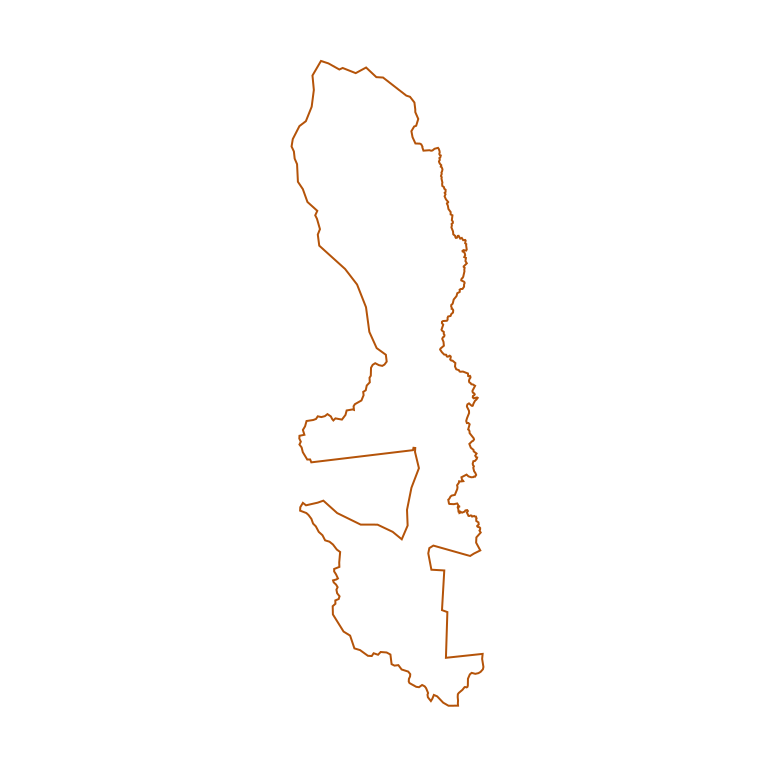 the district of Rodríguez, San José, Uruguay, rotated 353°
{"feature_id": "84410073B80691141354915", "entity_name": "Rodríguez", "entity_type": "district", "adm_level": 2, "iso_a3": "URY", "parent_name": "Uruguay", "parent_adm1": "San José", "projection": "equal_earth", "projection_center": [-56.456, -34.221], "detail": "fine", "context": "isolated", "style": "outline", "palette": "amber", "viewbox_px": 768, "rotation_deg": 353, "n_neighbors": 0, "source": "geoboundaries", "source_scale": "gbopen_adm2", "svg_char_len": 6144}
<svg xmlns="http://www.w3.org/2000/svg" viewBox="0 0 768 768"><g transform="rotate(353 384 384)"><path d="M449.0,663.9L412.1,663.3L419.1,618.1L414.0,615.5L421.1,576.4L408.4,574.1L407.3,557.5L409.0,552.4L413.3,550.4L448.5,565.2L452.5,563.3L459.3,560.9L456.1,552.7L457.0,547.5L461.9,543.2L460.9,541.1L461.6,540.3L461.9,538.7L461.3,537.8L460.1,537.5L459.2,536.7L459.2,536.2L460.9,535.0L460.9,532.9L458.9,531.2L459.1,528.9L459.5,528.6L459.1,526.8L458.2,526.7L457.5,526.0L455.3,526.3L454.9,525.3L454.1,525.0L452.7,525.4L451.8,525.2L450.6,521.7L451.8,520.3L451.2,519.3L449.4,519.4L448.4,520.5L445.8,521.2L444.2,520.0L443.8,521.1L443.1,521.3L443.0,520.4L442.4,519.9L442.5,517.0L442.1,515.6L442.3,515.0L443.7,515.0L443.8,514.6L442.8,513.7L442.7,512.8L442.1,511.5L438.7,511.8L434.2,511.0L433.9,510.2L433.7,506.7L434.8,505.9L436.3,503.8L437.6,503.0L440.8,502.7L443.9,497.2L444.4,495.3L444.2,493.4L446.3,491.1L446.7,489.7L448.1,490.1L450.9,490.1L450.7,489.5L449.8,488.8L449.5,486.0L454.9,484.0L456.6,486.0L459.2,487.2L461.4,487.3L462.2,486.8L463.0,487.1L464.4,485.5L463.8,483.4L462.8,481.5L462.4,478.0L463.2,476.6L462.5,475.5L462.3,474.0L463.3,471.5L464.8,471.5L466.8,469.8L467.5,468.3L466.6,467.9L465.8,466.3L467.4,464.3L464.8,461.8L464.8,460.3L462.4,457.8L461.4,453.9L464.4,451.6L465.6,451.2L466.6,450.0L466.4,448.8L463.0,443.2L463.1,441.3L462.8,440.2L462.0,439.4L464.1,434.4L463.0,433.0L461.5,432.9L461.1,430.7L462.2,428.1L464.9,423.2L465.1,421.0L463.6,416.7L463.6,416.0L464.3,414.4L466.0,413.6L467.9,415.8L468.8,416.5L469.5,416.3L470.4,414.4L472.3,411.7L473.7,410.8L475.3,409.2L474.7,408.7L471.2,409.1L470.5,408.1L470.8,406.8L472.3,406.0L472.8,405.3L472.4,404.4L471.1,403.3L470.9,402.1L471.1,401.3L474.2,396.9L472.2,395.3L470.7,394.9L470.0,393.6L468.9,392.8L468.7,391.3L469.3,389.7L470.6,388.2L470.6,386.9L470.3,386.4L469.0,386.7L468.5,386.4L468.6,383.8L463.9,381.3L461.1,381.1L460.5,380.7L460.0,379.4L457.5,378.2L456.6,375.3L457.4,371.9L454.9,369.2L453.6,368.9L452.7,367.8L453.6,365.2L453.5,364.7L452.7,363.9L450.7,364.7L449.7,364.3L449.3,362.6L447.3,362.1L445.4,359.6L443.9,356.7L444.4,355.7L448.1,353.3L448.2,349.4L447.3,346.3L448.1,344.9L449.5,344.2L450.0,342.8L449.4,341.5L449.7,339.6L448.0,338.0L447.7,337.1L450.0,332.4L448.9,330.6L449.2,329.2L450.3,328.7L454.1,328.9L455.0,327.9L455.2,325.9L455.9,324.8L458.3,324.6L459.4,322.7L461.2,321.5L461.7,319.2L461.3,318.2L460.3,317.6L460.6,316.9L460.1,315.0L460.5,313.6L461.6,313.0L462.2,312.1L463.5,308.6L466.7,305.6L467.8,302.8L470.3,301.9L470.6,300.7L470.5,299.7L471.5,299.1L473.5,299.2L475.3,297.2L475.6,294.9L476.3,293.7L476.3,292.9L475.7,292.1L473.3,290.6L473.3,290.2L474.0,288.8L475.0,288.2L475.7,287.2L477.6,281.9L477.6,280.4L478.2,278.5L477.4,277.6L477.4,277.0L480.9,274.3L479.8,271.9L480.7,268.8L479.1,267.8L480.3,266.0L480.1,264.0L479.2,262.6L478.2,262.1L478.1,261.5L479.2,260.8L481.8,261.6L482.5,260.6L482.4,256.4L482.7,255.2L481.7,254.2L482.5,251.5L482.1,250.9L480.1,250.9L479.0,248.5L477.4,249.0L476.1,246.0L475.3,246.0L474.4,247.6L473.2,247.8L472.8,247.2L472.7,245.7L471.0,243.9L471.1,241.0L470.0,236.8L470.7,234.9L470.6,233.4L472.0,232.5L472.1,231.1L471.3,229.7L472.5,224.9L470.8,223.8L471.1,221.4L469.3,218.2L469.1,214.6L468.4,212.6L468.8,212.0L469.8,211.6L469.9,211.2L468.0,208.3L467.0,205.1L468.2,203.1L467.5,201.7L468.5,200.9L468.8,198.7L467.6,197.5L467.5,195.9L466.0,194.5L466.1,192.3L466.5,191.3L466.1,187.1L466.5,185.8L465.9,184.5L466.9,182.5L466.8,181.1L467.6,179.9L468.2,178.0L467.7,175.9L466.8,175.2L467.5,173.8L466.2,172.0L465.7,170.2L465.7,169.7L466.7,168.4L466.5,166.5L467.4,166.1L468.2,164.1L467.3,163.6L466.9,162.4L467.5,161.0L467.5,159.5L467.0,157.3L466.4,156.2L462.8,156.7L460.6,158.1L459.2,158.2L457.6,157.5L451.6,157.2L450.9,153.9L451.1,153.3L450.2,150.7L448.9,149.8L444.5,149.1L442.4,142.5L442.0,136.4L445.3,132.1L447.4,131.6L450.3,125.1L448.2,118.0L448.5,115.2L448.5,108.3L444.8,102.1L441.3,100.5L420.4,79.7L413.8,78.5L404.8,67.7L393.8,72.0L381.5,65.3L378.0,66.4L367.9,59.0L360.8,55.7L350.6,69.1L350.2,83.6L346.0,100.0L338.5,113.6L331.5,117.7L323.3,129.8L321.2,137.0L322.9,142.2L322.8,149.4L324.5,155.2L323.2,172.8L327.2,180.7L330.2,194.0L338.9,204.0L336.3,208.2L337.6,211.8L339.3,222.5L336.5,227.6L336.6,238.8L359.4,265.1L369.4,282.0L375.5,305.6L375.8,330.5L381.1,347.5L389.4,355.2L389.4,362.1L386.8,364.8L384.5,365.8L381.3,364.7L377.8,362.3L375.1,363.6L373.1,366.3L371.9,374.2L370.4,376.0L370.1,380.6L366.7,383.4L365.1,388.0L362.4,389.3L362.4,392.6L359.6,397.6L352.6,400.5L351.1,402.4L351.0,406.0L349.8,405.4L343.7,405.7L342.0,410.0L337.9,414.2L331.6,412.2L329.3,414.0L328.3,412.5L327.3,409.7L324.2,407.0L321.4,408.7L317.8,409.2L314.3,408.0L312.3,410.4L309.4,411.1L302.6,411.3L300.5,416.4L297.9,419.7L298.8,424.7L293.8,425.1L293.3,427.8L294.4,431.1L292.7,433.8L294.5,436.9L295.1,441.8L298.6,449.6L301.5,449.9L302.3,452.9L404.7,453.2L405.5,450.9L407.2,451.3L406.5,455.2L408.4,471.8L398.6,490.3L391.5,511.7L390.2,527.4L382.7,540.3L374.6,531.8L360.4,522.8L343.7,520.7L321.8,506.4L309.6,492.4L303.7,493.7L291.8,494.9L289.0,492.1L285.9,496.1L285.3,499.5L291.2,502.6L293.1,504.8L295.5,509.0L296.6,513.9L299.0,517.0L301.2,522.8L304.5,526.6L306.5,532.0L310.7,533.9L313.8,537.1L317.0,542.6L320.0,545.4L317.8,555.7L317.4,560.1L312.0,561.5L311.7,564.0L313.2,567.1L314.6,571.4L312.9,572.2L309.5,572.7L309.9,574.8L312.0,577.3L313.2,580.0L311.7,582.4L312.0,586.0L314.0,589.3L312.8,591.9L309.3,592.9L309.0,596.2L306.0,598.3L305.2,606.5L313.7,624.8L319.7,629.6L322.4,642.8L327.8,645.2L334.9,651.8L338.7,652.5L340.9,650.0L345.1,652.0L348.0,649.6L353.9,650.8L357.4,653.3L357.4,663.0L360.1,664.8L364.0,664.8L366.7,669.5L373.0,672.4L374.7,675.2L374.2,677.5L372.8,679.7L372.3,682.4L372.9,684.0L379.1,688.5L381.8,689.2L385.1,687.4L387.5,689.0L388.7,691.0L390.1,696.1L389.3,697.7L389.4,700.3L391.9,704.4L393.6,702.3L395.6,698.7L398.7,700.5L403.9,707.5L408.8,711.2L418.3,712.3L418.4,709.9L418.9,707.3L419.0,703.7L419.5,700.9L420.6,699.7L424.6,697.1L426.8,694.9L427.4,694.6L429.1,695.2L430.0,694.7L430.5,693.3L431.4,686.8L433.8,682.7L435.8,681.4L439.3,682.8L442.5,682.5L444.8,681.5L447.4,679.2L448.2,677.0L447.9,668.8L449.0,663.9Z" fill="none" stroke="#b45309" stroke-width="2"/></g></svg>